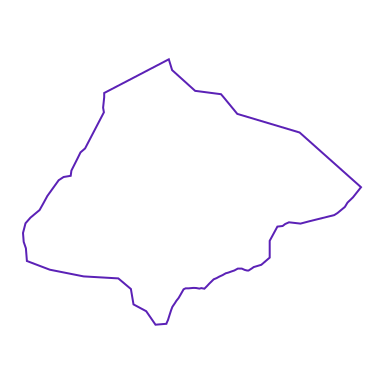 Sunbilt, Castries, Saint Lucia (Robinson projection)
{"feature_id": "8701671B71920498975173", "entity_name": "Sunbilt", "entity_type": "district", "adm_level": 2, "iso_a3": "LCA", "parent_name": "Saint Lucia", "parent_adm1": "Castries", "projection": "robinson", "projection_center": [-60.979, 14.006], "detail": "fine", "context": "isolated", "style": "outline", "palette": "violet", "viewbox_px": 384, "rotation_deg": 0, "n_neighbors": 0, "source": "geoboundaries", "source_scale": "gbopen_adm2", "svg_char_len": 1167}
<svg xmlns="http://www.w3.org/2000/svg" viewBox="0 0 384 384"><path d="M168.8,59.3L104.2,93.0L104.2,97.2L103.1,107.7L103.9,112.3L85.1,148.4L80.5,152.4L77.7,158.1L71.4,170.6L70.7,175.8L63.6,177.0L58.7,180.2L47.4,195.9L43.2,203.6L39.6,210.0L30.4,217.7L25.5,223.3L23.0,233.0L23.7,241.9L25.9,248.3L26.9,261.0L49.8,269.7L83.6,276.4L118.3,278.4L130.9,289.0L133.5,304.4L146.2,311.2L155.5,324.7L166.4,323.8L166.8,322.6L168.0,320.0L169.4,315.5L170.1,313.3L171.1,310.2L172.4,306.8L175.0,303.0L176.3,300.9L178.6,298.0L180.3,295.1L183.6,289.3L185.7,288.3L189.0,288.3L193.4,287.9L196.1,288.0L199.4,288.6L201.3,288.1L204.4,288.7L206.9,286.2L209.2,283.7L213.7,279.3L216.6,278.1L219.3,276.6L222.6,275.1L225.7,273.3L228.3,272.6L231.3,271.5L234.3,270.5L237.8,268.6L241.8,268.6L244.7,269.9L247.0,270.5L248.6,270.5L250.6,269.2L252.6,267.9L253.6,267.1L261.3,264.8L269.7,257.6L269.7,240.8L277.4,226.6L282.6,226.0L285.2,224.0L289.0,222.3L300.5,223.6L309.2,221.3L334.2,215.1L337.4,213.1L344.9,206.9L347.5,202.6L353.0,197.3L361.0,187.2L299.6,132.5L237.3,113.9L223.4,97.0L221.0,94.2L196.4,91.0L195.2,90.9L189.5,85.8L172.1,70.1L168.8,59.3Z" fill="none" stroke="#5b21b6" stroke-width="2"/></svg>